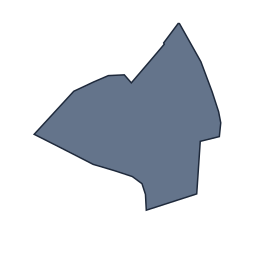 outline of Seodaemun-gu, Seoul, South Korea, rotated 252°
{"feature_id": "91817680B65126245655882", "entity_name": "Seodaemun-gu", "entity_type": "district", "adm_level": 2, "iso_a3": "KOR", "parent_name": "South Korea", "parent_adm1": "Seoul", "projection": "albers", "projection_center": [126.947, 37.574], "detail": "fine", "context": "isolated", "style": "filled", "palette": "slate", "viewbox_px": 256, "rotation_deg": 252, "n_neighbors": 0, "source": "geoboundaries", "source_scale": "gbopen_adm2", "svg_char_len": 481}
<svg xmlns="http://www.w3.org/2000/svg" viewBox="0 0 256 256"><g transform="rotate(252 128 128)"><path d="M44.2,120.0L44.1,173.0L93.0,192.6L91.6,212.2L104.2,217.8L115.4,219.2L136.4,219.2L168.5,217.8L211.4,209.2L211.9,208.0L197.9,188.2L196.5,188.4L185.3,170.3L169.9,145.1L179.7,140.9L183.9,125.5L182.5,110.2L179.7,87.8L151.0,36.8L136.4,51.5L125.2,62.7L104.2,83.6L91.7,101.8L80.5,117.1L70.7,124.1L59.5,124.1L44.2,120.0Z" fill="#64748b" stroke="#1e293b" stroke-width="1.5"/></g></svg>